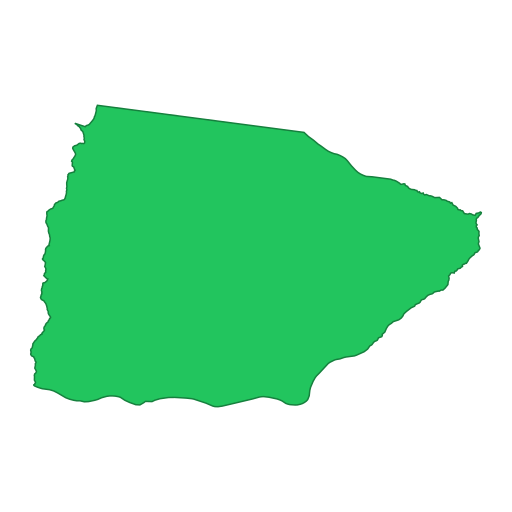 outline of Tunuyán, Mendoza, Argentina
{"feature_id": "61730980B64785063825959", "entity_name": "Tunuyán", "entity_type": "district", "adm_level": 2, "iso_a3": "ARG", "parent_name": "Argentina", "parent_adm1": "Mendoza", "projection": "mercator", "projection_center": [-69.747, -33.613], "detail": "fine", "context": "isolated", "style": "filled", "palette": "green", "viewbox_px": 512, "rotation_deg": 0, "n_neighbors": 0, "source": "geoboundaries", "source_scale": "gbopen_adm2", "svg_char_len": 5866}
<svg xmlns="http://www.w3.org/2000/svg" viewBox="0 0 512 512"><path d="M480.3,212.0L478.9,212.9L476.2,213.4L475.1,215.4L472.6,214.8L471.4,214.0L469.4,213.5L468.1,214.2L464.4,213.6L462.6,210.8L461.1,210.7L460.4,209.9L459.3,209.9L457.9,209.5L457.6,208.3L455.7,206.3L453.1,205.1L451.8,202.6L450.5,203.2L449.7,201.9L447.4,201.3L446.1,200.4L443.9,199.8L442.0,199.8L439.5,197.4L434.7,197.6L432.1,196.3L430.5,195.8L429.3,195.8L426.3,194.5L424.7,195.0L423.7,194.3L423.2,193.0L421.7,193.5L420.0,192.9L419.5,191.8L418.5,192.1L417.5,191.7L416.9,190.5L415.8,190.4L414.4,189.7L411.2,189.4L409.1,188.4L408.2,187.4L407.6,186.4L405.4,185.5L404.8,183.9L403.6,183.8L401.8,184.3L400.6,184.3L399.6,183.2L396.2,181.1L394.3,180.3L393.0,180.1L390.7,179.2L372.3,176.8L366.1,176.4L363.2,175.3L360.4,174.0L357.8,172.3L355.5,170.2L351.3,165.7L347.4,160.8L345.3,158.6L342.7,156.9L340.0,155.5L337.1,154.3L334.1,153.7L331.2,152.6L328.4,151.3L325.8,149.6L320.8,145.9L318.2,144.2L313.5,140.2L308.5,136.6L304.0,132.4L97.4,105.3L96.2,108.5L96.3,110.8L95.1,115.5L94.3,117.0L94.1,118.3L92.6,120.5L89.3,124.4L88.3,125.0L86.3,125.6L85.2,126.7L74.9,123.3L75.2,123.6L76.7,124.5L78.1,126.0L79.3,126.6L79.5,127.2L80.5,128.3L81.2,130.2L82.5,131.2L82.9,131.8L84.0,135.3L83.9,136.3L84.3,138.2L84.0,139.6L84.8,141.3L84.5,143.1L83.8,143.6L82.2,143.4L81.6,143.6L80.7,143.2L79.2,143.4L76.8,145.2L74.6,145.8L72.9,147.1L72.7,148.4L73.3,149.6L75.3,153.0L75.6,154.6L74.7,156.5L74.0,157.4L73.3,158.7L72.1,159.9L71.6,161.2L71.8,161.5L72.3,161.8L72.5,162.4L72.3,163.8L72.2,165.8L72.7,166.4L73.5,166.7L73.8,167.2L74.5,169.3L74.9,169.8L75.1,170.4L74.4,171.0L74.3,171.9L69.1,173.3L68.8,173.6L68.6,174.2L68.0,174.6L68.0,175.7L67.6,176.8L67.9,177.7L67.7,179.2L66.7,182.6L66.7,184.2L66.9,186.6L66.5,188.4L66.9,189.8L66.4,191.2L66.5,192.8L66.1,194.7L65.2,197.6L65.3,198.0L64.3,199.5L63.7,199.9L62.7,200.2L62.3,200.1L61.1,200.7L58.9,201.2L58.1,202.0L57.1,202.6L56.1,202.8L54.5,204.5L54.2,206.0L53.2,207.4L52.9,208.2L51.8,208.7L51.1,208.8L49.2,209.9L47.9,211.2L47.0,211.7L46.8,212.1L46.8,214.1L47.0,214.9L47.0,216.0L46.5,218.2L46.5,219.4L45.9,220.9L46.0,222.7L46.9,224.1L47.7,226.3L48.5,227.6L48.4,231.2L48.8,233.0L49.5,234.6L49.7,236.5L50.2,238.0L50.0,240.4L48.9,245.1L49.2,245.6L47.9,246.0L46.3,247.7L45.7,248.7L45.5,249.7L45.6,251.1L45.3,252.2L45.3,252.8L44.9,254.0L44.2,254.6L43.9,255.4L43.6,255.8L43.1,258.3L42.5,258.8L42.5,259.2L43.2,260.1L43.8,260.5L45.5,262.4L45.1,265.4L44.7,266.4L45.8,268.4L45.9,269.7L45.6,270.6L45.7,272.4L45.0,272.9L44.4,273.7L44.3,274.8L43.8,275.7L44.4,276.1L45.5,277.4L47.1,278.8L47.8,278.9L47.2,280.5L46.3,281.4L44.7,282.7L43.2,282.9L42.8,283.6L42.8,285.3L42.3,286.5L42.1,287.9L41.7,288.5L41.4,290.3L41.6,291.1L42.0,292.0L41.7,293.0L41.9,293.9L41.1,295.1L41.0,296.2L40.6,297.1L40.5,297.7L41.4,299.5L44.0,300.9L44.6,302.0L45.1,302.5L46.0,304.0L46.7,306.0L47.3,308.7L47.2,309.5L48.3,311.6L48.2,312.7L48.4,313.7L49.6,315.7L50.4,316.6L50.6,317.7L50.3,318.1L49.6,318.4L49.5,319.3L48.4,320.7L48.0,322.0L47.0,322.7L46.2,323.5L46.1,323.9L45.6,324.3L45.5,325.3L44.2,327.0L43.9,328.1L44.0,329.3L44.5,329.9L44.4,330.4L42.3,332.8L41.9,333.3L42.1,333.8L41.9,334.3L40.5,334.7L39.9,335.6L38.1,336.8L37.6,337.8L37.6,338.1L37.1,338.5L36.3,339.7L34.8,341.0L32.8,344.0L32.9,345.1L32.5,346.1L32.3,347.7L31.0,349.0L30.7,349.9L30.7,350.6L31.0,351.5L31.0,353.1L30.7,353.9L30.8,354.6L31.7,355.9L33.8,356.9L34.0,357.8L34.6,358.4L35.2,361.0L36.1,362.1L36.0,362.6L35.3,363.7L35.4,365.3L34.8,368.1L36.3,371.0L36.4,371.6L35.8,373.0L34.7,373.9L34.3,375.4L34.5,376.5L34.4,380.1L34.7,380.8L35.3,381.6L35.5,382.4L35.4,382.9L34.9,383.5L34.7,384.3L33.8,384.8L33.8,385.2L34.5,385.9L37.5,387.2L40.2,388.1L42.2,388.7L49.6,389.7L53.6,390.9L57.4,392.8L65.7,397.7L69.6,399.2L73.8,400.3L76.9,400.8L80.1,400.8L84.3,401.8L88.5,401.6L94.7,400.3L97.8,399.4L101.7,397.7L106.8,396.3L110.0,395.9L112.1,395.9L115.3,396.1L118.5,396.7L120.4,397.3L124.9,400.3L129.7,402.5L135.8,404.7L139.9,404.9L143.7,402.7L145.4,401.4L152.0,401.6L154.9,400.2L160.0,398.7L168.5,397.5L174.8,397.4L186.5,398.1L191.8,398.7L193.8,399.1L205.9,403.1L212.9,406.1L214.9,406.6L218.0,406.7L222.2,406.1L231.6,403.9L252.3,399.0L259.5,397.0L261.6,396.7L263.7,396.6L268.9,397.2L277.3,399.0L280.3,400.1L282.2,401.0L285.8,403.4L287.8,404.1L289.8,404.6L295.3,405.0L297.4,404.9L300.5,404.2L302.5,403.5L304.5,402.4L306.3,401.1L307.7,399.6L309.2,395.8L309.8,390.3L310.6,387.2L313.1,381.3L315.2,377.6L316.5,375.9L319.5,372.9L328.2,363.5L329.9,362.3L334.7,359.9L336.7,359.4L339.9,358.9L343.9,357.5L346.0,357.0L354.4,355.9L356.4,355.2L364.2,351.7L367.6,349.1L369.9,345.8L371.0,345.3L371.9,344.7L373.5,342.5L374.6,341.4L376.3,340.8L377.4,340.1L378.5,337.8L381.7,336.7L382.3,335.6L382.2,334.3L384.8,332.1L386.4,328.4L387.7,326.3L388.5,325.3L389.5,324.5L391.4,323.3L393.3,321.6L398.3,320.0L399.3,319.5L401.3,318.0L402.8,316.1L403.9,313.8L406.5,311.4L411.3,307.7L414.6,306.2L415.1,305.0L416.0,304.3L419.2,303.0L420.1,302.2L420.7,301.0L421.4,300.0L422.4,299.5L423.5,299.3L424.6,298.8L426.1,297.0L427.9,295.3L429.9,294.4L432.2,293.8L433.3,293.0L434.3,292.0L438.2,291.1L439.5,291.1L440.5,290.4L441.5,290.0L442.9,290.1L445.0,288.2L447.9,284.6L448.2,281.3L448.8,280.2L449.1,278.3L448.6,276.0L449.9,274.7L450.6,273.3L451.7,272.7L454.3,273.0L454.7,271.3L456.2,271.0L457.0,270.2L457.7,268.9L460.3,268.2L461.3,267.1L462.5,266.5L462.3,265.1L463.5,264.2L464.6,264.0L465.4,263.3L466.4,263.3L468.0,260.9L468.7,259.4L469.9,257.9L472.6,255.5L473.6,255.0L474.3,254.1L474.9,252.8L475.9,252.4L476.9,252.2L477.9,251.5L478.3,250.4L479.3,249.8L480.0,248.2L478.4,244.1L478.5,242.8L479.0,241.8L478.2,238.0L478.5,236.7L479.2,235.7L478.9,233.7L479.0,231.4L478.2,230.3L477.3,229.6L477.2,228.0L476.3,227.1L476.3,225.7L477.1,224.9L476.1,223.6L476.0,222.2L476.4,220.6L476.2,219.2L476.8,218.2L478.0,217.3L479.5,215.1L480.4,214.6L481.1,213.6L481.3,212.5L480.3,212.0Z" fill="#22c55e" stroke="#15803d" stroke-width="1.5"/></svg>